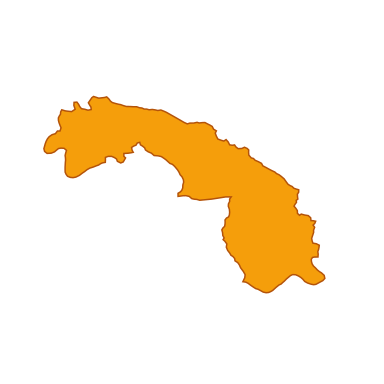 the district of Cerro Negro, Santa Catarina, Brazil, rotated 290°
{"feature_id": "56859067B18650701449826", "entity_name": "Cerro Negro", "entity_type": "district", "adm_level": 2, "iso_a3": "BRA", "parent_name": "Brazil", "parent_adm1": "Santa Catarina", "projection": "natural_earth1", "projection_center": [-50.937, -27.767], "detail": "fine", "context": "isolated", "style": "filled", "palette": "amber", "viewbox_px": 384, "rotation_deg": 290, "n_neighbors": 0, "source": "geoboundaries", "source_scale": "gbopen_adm2", "svg_char_len": 4045}
<svg xmlns="http://www.w3.org/2000/svg" viewBox="0 0 384 384"><g transform="rotate(290 192 192)"><path d="M187.4,96.5L188.8,98.0L190.2,100.4L192.5,99.7L194.9,98.8L196.8,101.0L198.0,104.3L197.8,107.4L197.2,109.8L195.3,111.4L194.9,115.1L196.7,117.1L199.0,117.5L201.3,117.9L202.2,115.8L204.9,114.8L206.6,118.7L208.0,121.3L209.2,123.2L210.8,121.4L213.2,120.0L215.2,121.5L216.9,123.4L219.3,123.8L220.8,125.9L218.7,127.4L218.2,129.8L217.3,132.4L215.6,133.9L214.8,137.0L214.6,140.6L213.3,143.9L214.4,147.8L214.8,151.0L214.2,153.6L213.4,156.4L212.2,159.3L211.3,161.5L211.3,164.1L210.2,166.8L209.0,168.9L207.7,171.1L206.0,173.2L204.2,174.9L202.8,177.5L200.6,179.7L198.4,180.8L195.5,181.0L192.6,181.9L190.0,181.8L188.1,181.0L186.0,179.3L183.1,180.4L184.3,182.7L185.4,184.8L186.5,187.6L186.9,190.9L185.7,194.0L186.0,196.5L186.7,199.1L186.9,202.1L192.1,213.0L198.9,225.3L200.8,230.5L198.2,229.8L196.0,230.6L193.3,230.3L191.0,231.0L188.6,233.0L185.8,234.3L183.0,235.0L181.0,234.8L179.3,233.3L177.0,232.6L175.1,233.4L173.2,234.0L170.9,234.4L168.6,233.3L166.6,233.0L164.3,234.6L161.7,235.8L159.8,237.9L157.9,237.5L157.0,239.7L155.1,242.5L151.9,243.1L149.3,245.5L147.4,248.5L145.9,250.2L145.4,252.5L144.1,254.8L142.0,256.0L141.3,259.1L139.8,261.3L137.4,263.6L134.9,267.4L132.5,270.2L129.5,270.9L125.1,270.5L125.7,273.4L125.4,275.9L124.3,279.5L123.6,282.3L123.0,285.0L123.2,287.2L122.8,290.1L122.3,293.1L122.7,296.1L123.8,298.4L125.3,300.0L127.1,301.5L128.8,302.4L131.3,303.7L134.3,305.5L136.1,307.3L137.8,308.1L139.7,309.2L142.6,310.5L145.2,312.0L147.1,313.1L148.8,314.8L149.7,317.7L149.5,320.8L148.9,323.6L147.9,326.1L146.5,328.5L146.0,331.7L146.1,335.6L146.5,338.0L147.6,340.0L149.5,341.7L151.1,343.1L153.4,345.2L156.2,346.4L158.9,344.7L160.3,341.3L160.8,338.9L161.6,336.5L162.9,334.0L164.0,331.4L165.6,329.4L167.6,328.0L169.5,327.1L171.7,327.6L172.8,329.4L174.0,332.6L176.8,331.8L179.0,330.6L181.4,330.6L183.3,330.3L185.5,329.8L185.9,326.5L185.3,323.1L187.3,321.5L189.4,320.3L192.9,320.2L195.7,320.1L197.7,319.3L200.8,319.3L202.3,317.1L204.5,318.1L206.8,318.2L206.5,315.9L205.8,313.6L208.4,312.3L209.6,309.3L208.9,305.8L208.6,302.2L206.9,301.0L208.0,298.4L210.6,297.3L212.3,295.0L213.6,292.7L215.6,293.0L218.0,293.7L219.8,292.8L221.5,293.9L223.4,292.9L225.9,291.8L228.3,292.3L230.6,291.5L230.4,289.1L230.4,286.3L231.4,284.3L231.6,281.9L232.1,279.6L233.8,277.0L235.9,274.0L237.2,270.5L238.0,267.8L238.2,265.2L239.1,263.0L239.4,259.6L239.9,255.9L240.3,253.5L240.8,249.6L242.7,247.5L243.2,243.9L243.4,240.5L244.5,238.3L244.3,236.0L246.1,232.8L248.7,231.6L250.9,230.9L251.8,228.9L252.0,226.0L250.0,224.0L248.5,220.5L249.4,217.8L250.8,215.9L249.7,213.9L249.2,211.2L251.4,208.9L252.9,206.1L250.8,204.5L250.6,202.1L250.6,198.2L252.8,195.8L255.3,193.7L257.8,194.0L258.4,190.8L260.5,188.6L261.0,186.0L261.3,183.2L261.7,180.4L260.7,177.9L259.3,175.1L259.2,172.9L257.4,170.1L256.0,166.4L254.4,164.3L254.7,160.6L256.2,152.1L258.1,140.8L258.3,138.2L258.4,134.7L256.9,132.0L256.6,129.6L256.0,126.5L254.6,123.6L254.4,121.0L253.6,118.8L253.8,116.2L253.2,113.8L253.2,110.9L252.0,107.5L251.1,104.5L249.9,101.0L249.7,97.6L249.7,95.1L249.3,92.7L249.0,89.6L248.8,86.5L249.5,84.3L251.1,81.9L252.2,79.3L250.8,77.3L249.7,75.1L248.3,72.3L248.2,69.3L248.1,66.8L246.3,65.6L243.5,64.9L240.4,64.1L238.5,66.3L237.2,68.0L235.0,69.1L233.3,66.3L233.1,63.0L232.5,59.6L234.0,57.1L235.5,55.6L237.1,53.1L235.9,50.5L232.9,51.4L229.8,53.9L226.4,51.4L225.5,47.9L224.9,45.2L224.7,41.5L222.3,41.2L220.1,41.8L218.0,41.3L215.9,41.1L213.6,42.0L211.7,43.3L209.8,44.9L207.5,47.0L204.2,47.1L203.3,44.7L200.1,43.7L198.0,40.9L195.2,38.9L192.6,38.0L189.8,37.6L187.1,37.6L184.6,37.8L182.1,38.0L179.7,39.6L178.7,42.6L180.3,46.4L182.7,49.1L184.9,50.3L187.2,51.7L188.4,53.8L189.3,56.8L188.2,59.8L185.1,60.0L182.9,60.3L180.8,61.4L178.7,62.3L176.7,62.8L174.4,63.5L172.1,64.2L169.6,65.1L167.3,66.0L165.5,67.7L164.2,69.7L164.1,72.6L164.8,75.3L166.3,77.8L169.1,80.5L172.4,82.6L174.4,84.1L176.9,85.6L179.5,87.8L181.7,90.7L183.7,92.9L185.4,95.0L187.4,96.5Z" fill="#f59e0b" stroke="#b45309" stroke-width="1.5"/></g></svg>